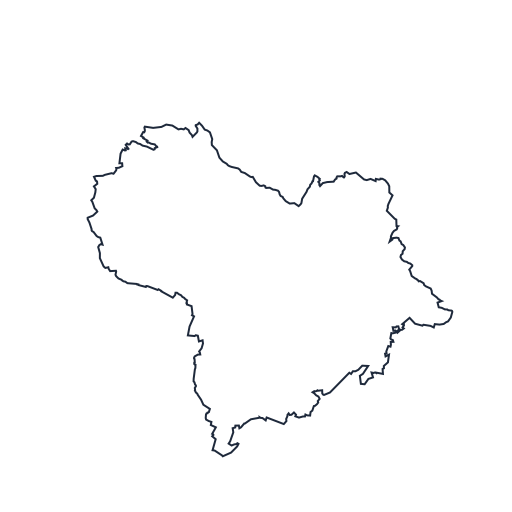 the district of Athy Lea-5, Kildare, Ireland, rotated 144°
{"feature_id": "5873133B78981384303410", "entity_name": "Athy Lea-5", "entity_type": "district", "adm_level": 2, "iso_a3": "IRL", "parent_name": "Ireland", "parent_adm1": "Kildare", "projection": "mercator", "projection_center": [-6.893, 52.99], "detail": "fine", "context": "isolated", "style": "outline", "palette": "slate", "viewbox_px": 512, "rotation_deg": 144, "n_neighbors": 0, "source": "geoboundaries", "source_scale": "gbopen_adm2", "svg_char_len": 6128}
<svg xmlns="http://www.w3.org/2000/svg" viewBox="0 0 512 512"><g transform="rotate(144 256 256)"><path d="M223.7,397.2L225.9,396.7L227.8,397.3L228.3,396.8L228.5,393.5L230.2,391.2L231.3,390.7L237.3,389.7L236.8,391.5L237.2,394.9L236.5,397.4L237.8,401.0L240.0,400.9L241.9,403.0L244.3,404.0L247.0,410.7L251.4,415.1L256.6,416.0L263.9,420.1L269.9,426.0L270.8,425.5L271.9,423.2L272.7,422.3L273.7,421.8L274.4,422.6L278.5,420.7L277.3,417.9L278.0,417.5L276.0,413.2L277.2,412.8L276.9,411.3L276.2,411.1L274.9,408.5L272.3,405.8L272.2,403.7L271.7,402.6L271.9,402.1L274.5,402.8L275.3,401.9L276.5,402.2L280.0,408.7L282.9,412.0L283.9,414.7L285.5,416.5L286.2,418.8L288.0,421.2L289.4,421.7L292.5,420.5L293.7,421.3L294.2,422.8L296.1,422.5L296.2,417.7L296.7,417.7L297.1,418.7L298.5,420.0L299.3,418.1L300.0,418.4L301.3,420.5L305.4,418.4L312.0,411.3L309.8,409.7L311.3,407.2L315.1,408.0L317.4,409.4L317.7,408.5L318.8,407.5L322.9,406.3L324.2,407.9L330.6,410.5L332.8,410.9L338.1,414.5L340.5,415.3L341.4,411.0L340.9,410.5L340.9,409.5L342.0,407.7L346.2,407.6L346.4,404.3L348.6,401.9L352.9,398.4L356.5,397.9L356.6,395.9L358.5,389.4L358.1,386.9L358.3,385.2L364.1,384.5L369.7,385.9L370.5,384.8L371.1,381.0L373.2,374.4L373.9,373.4L374.0,372.5L373.3,370.8L373.2,365.8L372.5,364.0L371.2,362.4L371.3,362.0L373.5,355.4L374.6,356.8L376.3,356.9L378.4,356.0L380.6,350.1L383.6,346.0L385.4,337.1L384.9,334.9L382.1,333.7L382.7,332.4L382.9,329.5L378.0,326.4L378.3,325.6L380.7,323.4L381.0,321.9L380.5,318.7L378.7,315.7L378.7,314.9L378.1,313.4L376.8,312.0L376.0,309.6L368.8,303.4L368.9,302.8L367.8,302.1L368.1,301.5L363.3,295.7L362.4,296.2L361.4,295.3L355.5,286.3L354.4,286.4L353.1,283.4L353.4,283.1L347.8,271.2L344.3,272.0L342.7,273.6L341.5,272.7L340.8,270.3L339.7,268.3L339.6,266.2L338.7,264.4L338.6,262.9L337.8,260.6L339.9,258.9L339.6,258.4L340.4,257.4L337.6,253.3L341.5,246.3L342.6,245.7L341.6,243.6L351.2,238.0L357.8,231.8L352.7,227.3L351.3,227.3L349.9,225.7L352.4,220.4L348.8,219.2L350.3,216.4L354.3,213.3L358.1,212.2L358.2,210.8L359.0,209.1L361.0,210.4L364.6,210.8L365.9,210.1L366.4,209.4L366.3,208.7L368.1,205.9L368.6,206.0L369.4,205.0L369.1,204.5L369.3,203.6L369.0,203.4L370.9,201.0L372.1,200.2L378.7,193.2L380.2,191.2L380.0,190.0L380.8,188.0L380.7,186.7L381.1,186.0L383.1,185.2L383.7,183.9L384.6,183.0L384.5,182.2L384.9,181.0L384.4,179.2L384.7,178.2L384.9,172.0L386.0,166.6L383.2,159.4L385.9,157.4L387.3,157.8L387.7,157.3L388.6,157.7L389.6,157.2L391.9,154.5L392.5,153.0L391.2,150.2L389.6,148.0L391.9,145.8L389.2,141.0L395.9,137.9L395.5,137.4L395.6,136.3L397.4,135.9L396.3,131.5L405.3,124.4L403.8,122.9L400.7,114.7L400.6,113.5L391.7,111.6L383.2,113.0L380.6,114.3L381.1,115.5L382.5,115.4L384.4,116.4L387.1,117.0L388.4,120.3L385.8,121.3L378.0,126.7L376.1,130.4L373.6,129.5L372.4,130.9L369.5,128.9L370.7,126.4L368.8,126.2L364.0,127.4L363.6,127.0L356.1,126.9L348.0,123.0L347.8,123.4L347.4,122.3L346.0,121.1L344.8,117.3L342.3,119.1L332.3,103.7L328.4,104.6L327.4,106.4L324.8,107.9L323.9,109.0L322.1,109.5L322.2,107.6L320.6,106.7L317.3,107.1L316.9,104.1L318.4,103.2L316.2,100.0L312.4,98.6L310.7,97.4L309.2,98.7L308.3,97.0L306.0,95.1L303.6,97.7L301.3,97.8L297.4,100.6L296.3,100.1L293.7,100.3L291.8,100.9L291.3,102.3L288.5,103.0L288.1,105.6L289.2,107.9L289.6,110.8L290.3,112.5L288.3,112.4L288.1,111.9L286.8,111.3L285.3,111.2L285.3,110.7L281.4,108.5L283.2,105.8L283.1,104.2L282.6,103.6L276.4,102.1L249.1,106.7L248.4,104.7L245.4,105.8L243.3,104.3L240.1,103.8L234.5,104.8L229.9,101.1L238.8,97.8L242.4,98.0L246.3,90.9L243.5,88.4L237.3,90.5L232.7,89.0L231.0,93.8L230.1,92.8L230.4,92.5L228.1,91.8L227.5,90.6L227.2,90.9L222.6,86.0L220.0,90.2L218.5,90.0L217.2,91.9L211.8,92.4L206.4,98.0L210.2,98.6L209.0,101.1L207.6,100.5L206.7,102.2L201.9,105.4L200.5,103.6L199.1,104.8L197.5,107.3L195.3,105.8L194.7,107.5L195.7,109.1L195.8,110.3L191.8,114.1L190.9,113.1L187.7,111.8L187.2,113.9L188.8,114.7L187.3,118.0L184.9,116.1L183.7,116.4L182.2,115.4L183.1,113.2L182.9,112.2L186.1,112.5L186.5,110.8L182.4,111.2L181.3,110.5L179.0,110.5L179.4,112.1L177.2,112.8L176.6,113.7L177.4,113.9L177.8,114.9L168.1,115.7L167.1,107.7L162.3,101.8L161.0,102.0L155.9,96.9L154.2,93.7L151.4,95.8L147.8,92.6L144.1,90.7L141.1,90.7L139.1,90.2L134.6,91.7L130.0,95.4L129.7,96.3L129.9,96.9L132.3,99.1L132.7,100.3L134.6,101.8L136.2,104.9L138.3,107.1L136.5,111.6L132.3,110.4L133.0,111.6L133.2,113.0L133.8,113.5L134.0,116.1L135.8,122.0L134.3,124.7L133.8,127.0L136.4,131.6L137.0,133.7L136.4,135.4L138.0,139.3L139.3,139.9L139.1,141.0L139.6,142.0L139.6,143.0L140.3,143.9L141.8,148.3L140.2,153.1L140.0,154.9L135.5,156.0L135.0,156.7L135.6,159.2L136.9,160.8L137.4,162.6L139.2,164.6L140.0,167.3L139.7,170.3L138.1,171.6L136.1,171.7L134.5,173.6L131.7,174.2L130.5,175.4L130.4,178.3L131.2,180.0L130.4,182.8L130.9,184.2L130.2,186.8L131.5,188.2L134.7,190.0L136.1,189.1L139.4,189.1L136.0,191.5L135.3,192.6L131.8,194.6L129.5,195.2L126.6,194.8L125.6,195.3L124.9,196.5L123.6,196.6L124.7,197.7L121.1,203.0L121.9,204.6L123.6,215.7L120.9,217.6L120.0,219.0L118.2,220.3L109.9,224.8L110.8,229.0L107.2,234.1L106.7,237.0L107.0,241.3L108.3,244.1L109.7,245.3L110.0,244.9L111.6,245.5L113.7,247.9L115.2,246.3L118.0,251.0L121.8,252.3L123.6,254.4L126.1,264.8L132.2,267.4L133.3,270.7L135.2,271.0L136.2,270.4L137.3,268.4L138.5,267.8L138.9,268.1L139.3,270.2L140.7,270.7L143.4,272.7L144.7,272.2L145.3,271.3L147.1,271.4L149.5,270.5L155.0,274.0L159.1,275.7L163.1,274.9L163.0,276.3L161.9,277.5L162.0,279.3L160.0,279.6L159.8,280.7L159.1,280.9L159.7,283.8L161.1,286.7L162.3,286.3L165.9,283.0L166.3,283.3L168.5,282.0L170.2,281.8L171.7,280.4L175.1,279.7L177.4,278.2L185.0,275.2L188.2,272.1L189.6,271.6L192.2,271.3L193.9,276.2L197.9,278.6L199.7,282.9L200.0,286.6L199.7,288.1L200.8,290.1L200.6,292.0L199.7,294.2L199.8,295.9L201.6,298.3L203.2,299.7L204.8,303.2L207.8,305.1L208.1,305.8L207.5,307.0L208.3,308.6L210.3,309.4L211.7,310.7L212.7,315.7L212.1,321.9L213.4,322.6L214.2,323.9L216.3,329.7L218.5,332.7L218.4,335.5L219.0,337.4L223.3,342.3L224.8,344.5L225.4,346.0L225.5,347.8L227.3,352.0L227.8,357.1L225.5,364.5L226.5,371.7L224.9,374.2L222.7,376.3L220.6,383.1L221.6,386.1L223.2,388.4L223.1,393.1L223.7,397.2Z" fill="none" stroke="#1e293b" stroke-width="2"/></g></svg>